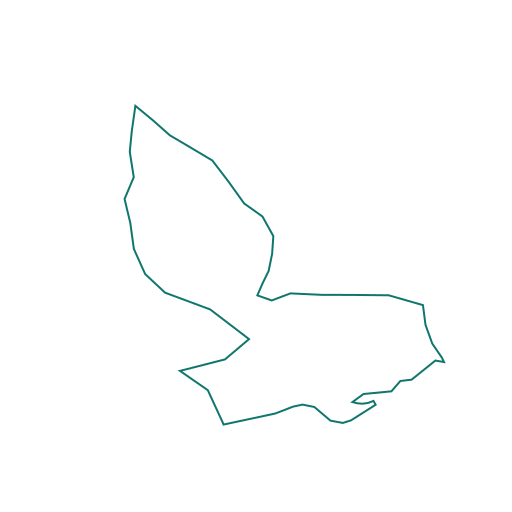 the border of Hato Mayor, rotated 151°
{"feature_id": "DOM-1980", "entity_name": "Hato Mayor", "entity_type": "Province", "adm_level": 1, "iso_a3": "DOM", "parent_name": "Dominican Republic", "parent_adm1": "", "projection": "natural_earth1", "projection_center": [-69.407, 18.817], "detail": "fine", "context": "isolated", "style": "outline", "palette": "teal", "viewbox_px": 512, "rotation_deg": 151, "n_neighbors": 0, "source": "natural_earth", "source_scale": "10m", "svg_char_len": 843}
<svg xmlns="http://www.w3.org/2000/svg" viewBox="0 0 512 512"><g transform="rotate(151 256 256)"><path d="M143.0,72.1L149.8,77.6L179.9,72.4L190.3,76.7L203.2,72.0L228.9,83.2L242.4,81.5L239.1,78.3L234.7,75.3L229.5,73.2L223.5,72.3L223.5,67.9L252.6,66.2L261.0,67.9L270.7,75.9L278.2,95.7L287.4,103.5L296.7,106.3L315.5,108.9L366.1,124.3L365.8,126.6L365.8,126.8L363.2,162.0L378.2,192.4L333.3,180.6L302.4,186.7L322.0,231.5L353.3,268.0L361.7,293.9L359.4,321.4L349.9,345.9L343.3,369.6L324.7,384.2L315.9,408.3L304.2,425.3L288.7,445.8L280.4,424.7L272.8,403.2L260.3,382.0L247.9,360.7L244.0,334.5L240.9,307.7L231.2,287.4L231.2,265.0L240.9,250.0L252.3,236.7L263.5,228.9L273.9,220.9L263.8,209.5L244.0,206.6L217.4,190.2L190.0,174.9L159.0,157.3L133.8,132.1L141.1,113.7L144.3,94.0L142.7,76.9L143.0,72.1Z" fill="none" stroke="#0f766e" stroke-width="2"/></g></svg>